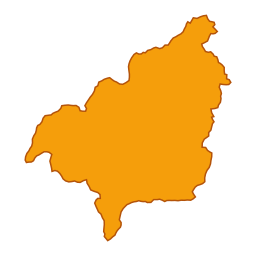 Jacuí, Minas Gerais, Brazil (Robinson projection)
{"feature_id": "56859067B14406788913482", "entity_name": "Jacuí", "entity_type": "district", "adm_level": 2, "iso_a3": "BRA", "parent_name": "Brazil", "parent_adm1": "Minas Gerais", "projection": "robinson", "projection_center": [-46.738, -21.024], "detail": "fine", "context": "isolated", "style": "filled", "palette": "amber", "viewbox_px": 256, "rotation_deg": 0, "n_neighbors": 0, "source": "geoboundaries", "source_scale": "gbopen_adm2", "svg_char_len": 3187}
<svg xmlns="http://www.w3.org/2000/svg" viewBox="0 0 256 256"><path d="M230.8,82.4L229.2,79.7L226.6,78.8L226.8,74.7L224.6,74.0L224.2,70.7L224.2,67.4L222.3,65.1L220.4,63.5L218.5,62.5L217.8,59.5L216.7,56.8L214.2,56.2L213.1,54.1L210.7,51.8L208.3,52.3L205.5,51.5L203.8,48.6L202.4,46.6L201.7,44.0L204.6,42.6L207.5,41.0L208.5,38.5L209.4,36.1L210.8,33.6L213.1,33.8L215.1,33.4L217.3,31.5L215.2,29.2L212.9,26.9L214.8,24.6L214.1,22.3L211.7,21.7L209.6,21.3L207.8,19.0L206.4,15.4L203.4,15.8L200.4,16.8L197.1,18.4L193.3,17.8L191.6,20.8L190.2,23.2L187.8,21.8L186.5,23.8L185.8,26.4L184.4,28.9L183.2,31.7L180.9,33.9L178.0,35.4L175.8,36.8L173.2,38.0L170.9,40.8L169.5,43.1L168.1,45.1L165.0,45.1L162.4,47.8L159.6,48.6L155.9,47.3L153.6,48.0L150.9,49.6L147.7,50.4L145.3,52.8L143.2,52.4L141.4,53.9L138.9,54.1L136.4,52.9L134.0,54.5L131.6,57.9L130.0,61.0L129.0,63.9L128.5,66.7L128.9,70.3L129.4,74.0L129.4,77.3L129.0,80.5L125.9,82.7L122.8,84.3L119.6,84.0L116.5,82.0L114.4,81.2L112.2,79.7L109.7,77.7L107.4,78.2L104.2,79.3L101.7,80.9L98.8,82.1L97.8,85.8L95.2,87.3L94.4,91.0L92.5,94.4L90.2,97.2L88.3,100.1L86.5,102.8L84.9,105.7L86.5,108.5L85.6,111.2L82.6,111.2L80.1,110.7L78.9,107.3L76.1,105.5L73.2,105.6L71.0,105.4L68.2,105.0L64.6,105.3L61.8,105.7L60.8,108.4L58.2,111.1L54.9,112.4L52.8,113.4L51.2,114.9L48.8,115.2L45.1,115.7L43.1,118.2L42.0,121.7L39.9,124.4L37.7,125.5L36.6,127.9L36.3,130.3L35.5,133.2L33.9,135.6L32.4,139.1L32.5,143.0L31.7,146.1L30.0,148.5L29.0,150.7L26.9,153.4L25.6,156.8L25.2,160.1L26.4,162.5L28.6,162.1L31.4,162.0L33.5,160.7L34.8,158.0L36.6,155.9L38.9,154.9L41.3,153.4L44.0,151.8L46.9,151.8L49.1,152.3L51.8,154.4L50.9,157.5L49.9,161.1L50.9,165.1L51.6,168.3L52.0,171.4L54.9,170.5L57.5,171.2L59.8,173.4L61.7,176.2L63.1,178.9L65.6,180.9L68.8,181.9L71.6,181.6L74.6,181.0L77.4,182.2L80.2,182.4L83.5,180.6L86.5,179.7L87.1,183.2L89.2,186.6L90.7,189.9L94.3,191.4L97.8,192.5L100.0,194.5L100.3,198.4L97.8,198.4L96.1,200.0L94.7,203.1L96.1,206.6L97.4,209.4L98.5,211.9L101.0,214.1L102.5,217.9L104.2,220.7L104.3,224.6L103.9,228.9L103.7,231.6L104.9,234.0L104.3,236.5L106.0,238.5L107.7,240.6L110.4,239.0L112.7,236.8L114.9,235.2L115.9,232.9L117.1,230.8L118.5,229.1L120.4,227.2L121.1,225.0L121.1,222.5L119.3,219.8L120.2,215.7L121.1,211.9L123.2,208.5L125.0,206.6L127.0,204.6L129.4,203.6L131.4,202.6L134.0,201.8L136.3,201.5L138.8,200.7L140.9,201.3L143.2,201.6L145.4,201.5L147.3,202.5L150.9,202.4L153.7,199.6L157.3,199.6L159.6,199.2L162.3,200.2L164.7,201.5L166.8,200.5L169.2,200.4L171.8,200.5L174.9,200.4L178.0,200.7L181.3,200.2L184.3,200.3L187.3,200.0L190.7,200.2L193.1,198.9L195.4,196.9L193.7,194.4L192.3,191.8L193.5,189.7L195.2,187.1L197.4,185.4L199.8,184.7L202.6,183.6L204.8,181.7L204.7,177.8L205.5,173.9L207.0,170.4L209.2,167.5L210.5,163.9L210.9,160.7L211.7,156.7L211.8,153.0L209.7,151.9L207.5,150.4L205.7,147.5L202.1,147.2L202.3,142.9L204.3,139.1L206.5,137.6L208.7,136.0L208.7,132.5L210.9,130.1L211.7,126.7L212.5,123.6L214.0,121.8L212.7,119.7L211.6,117.2L213.8,116.6L211.7,112.8L210.9,109.0L214.9,108.5L217.8,107.6L218.5,105.0L220.4,102.3L221.0,98.6L220.6,96.1L221.4,93.6L220.8,91.0L219.2,87.2L220.1,84.0L223.3,84.5L226.2,84.7L228.8,84.5L230.8,82.4Z" fill="#f59e0b" stroke="#b45309" stroke-width="1.5"/></svg>